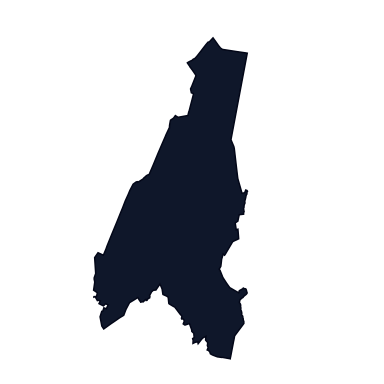 outline of Balvu pag., Balvu, Latvia, rotated 103°
{"feature_id": "27541924B22679886686853", "entity_name": "Balvu pag.", "entity_type": "district", "adm_level": 2, "iso_a3": "LVA", "parent_name": "Latvia", "parent_adm1": "Balvu", "projection": "robinson", "projection_center": [27.263, 57.093], "detail": "fine", "context": "isolated", "style": "filled", "palette": "ink", "viewbox_px": 384, "rotation_deg": 103, "n_neighbors": 0, "source": "geoboundaries", "source_scale": "gbopen_adm2", "svg_char_len": 5889}
<svg xmlns="http://www.w3.org/2000/svg" viewBox="0 0 384 384"><g transform="rotate(103 192 192)"><path d="M274.1,120.4L274.6,120.5L277.5,123.7L279.7,123.8L278.7,127.2L276.9,133.0L276.8,133.6L274.7,136.0L273.7,137.1L273.0,137.9L269.4,141.6L269.5,141.7L268.8,142.2L268.1,142.9L267.8,143.1L266.6,143.9L262.0,147.1L261.3,148.0L261.2,148.1L260.9,148.2L260.0,147.8L257.9,147.2L253.3,147.7L250.9,148.0L245.9,147.7L245.4,147.7L245.9,146.8L246.2,146.2L246.3,146.1L246.2,146.0L244.6,145.4L242.3,144.7L232.2,141.5L231.9,141.4L231.7,141.4L231.4,141.3L229.9,139.6L228.7,138.0L228.5,137.7L227.9,137.0L227.7,136.8L227.5,136.5L227.1,136.0L224.8,136.7L217.9,138.9L218.5,139.9L218.9,140.4L213.0,142.7L212.3,142.9L211.2,141.8L210.1,140.8L209.9,140.7L209.5,140.8L208.9,140.8L203.6,140.9L203.5,140.6L203.4,140.6L203.3,140.3L202.9,139.2L202.0,136.7L201.9,136.7L201.8,136.8L201.6,136.8L201.3,136.9L201.2,137.0L200.8,137.0L200.1,137.0L199.8,136.9L199.5,136.8L198.9,137.1L198.6,137.2L197.3,137.7L196.1,138.1L195.5,137.9L195.2,137.9L193.6,138.2L192.6,138.2L191.9,138.1L191.1,137.9L190.5,138.0L190.2,138.1L189.5,138.4L189.2,138.4L188.9,138.5L187.1,138.4L186.3,138.4L185.1,138.4L183.6,138.5L182.5,138.4L181.9,138.1L181.5,138.1L180.8,138.2L180.1,138.4L179.6,138.3L179.3,138.2L178.8,138.1L178.6,138.4L178.3,138.6L178.2,138.7L178.1,139.0L178.0,140.1L180.9,140.5L182.0,143.0L175.3,146.7L168.8,150.3L168.3,150.5L166.7,151.1L156.4,154.8L139.8,160.7L139.3,161.0L138.4,161.4L132.3,165.8L44.3,169.4L44.4,171.2L45.2,180.8L46.0,191.6L46.2,194.4L45.3,196.7L43.3,199.2L40.5,202.3L37.1,206.2L41.8,208.9L42.4,210.1L45.1,211.5L50.3,213.9L52.1,214.7L58.3,217.6L59.8,218.4L60.1,218.6L60.9,218.9L61.4,219.6L61.5,219.7L62.7,221.0L63.2,221.0L65.3,223.6L66.3,224.8L67.2,225.6L69.6,223.0L69.9,222.6L70.5,222.2L73.0,219.2L76.5,215.4L77.7,214.3L81.1,214.8L88.4,215.9L89.1,216.0L91.8,216.6L92.1,216.5L94.7,215.3L95.5,214.9L95.7,212.8L95.9,212.7L96.7,212.7L97.3,212.6L101.9,212.7L108.9,212.9L113.5,213.0L114.8,213.2L118.4,213.2L122.3,222.3L122.3,222.6L121.3,225.4L123.7,226.4L124.2,226.7L124.5,226.9L126.6,228.9L126.8,229.0L127.0,229.1L127.5,229.1L131.7,228.9L132.7,228.8L133.6,228.6L133.9,228.5L134.2,228.4L134.2,228.5L142.6,230.3L143.4,230.4L143.5,230.4L150.5,231.7L162.0,233.8L174.7,235.9L184.5,237.7L184.9,238.2L185.5,239.2L185.9,239.6L186.1,239.8L186.4,240.1L186.6,240.3L187.1,240.6L187.6,240.9L189.0,242.0L190.4,242.7L194.7,246.9L194.2,247.3L194.3,247.5L194.7,248.6L195.4,249.2L197.6,251.1L204.5,252.9L208.7,253.6L215.6,255.0L223.4,256.1L227.6,256.8L237.8,258.4L251.6,260.7L263.5,262.6L266.9,263.0L272.2,263.9L273.5,264.2L272.3,269.9L277.3,271.9L277.8,272.1L293.1,267.5L297.6,268.0L299.0,267.7L301.6,266.5L308.5,265.9L309.8,265.8L311.4,261.6L315.2,261.5L316.0,264.0L316.5,263.9L315.8,262.8L319.1,259.8L318.6,259.2L318.8,256.8L321.7,257.5L322.9,252.7L320.3,251.0L321.0,248.2L322.9,248.8L323.9,249.0L325.0,249.0L324.7,251.8L328.1,252.1L328.6,253.1L334.3,253.5L337.5,252.1L342.9,249.7L345.3,247.2L338.9,241.6L334.9,237.9L330.8,234.2L327.5,230.8L321.1,229.9L313.9,228.0L310.4,224.4L307.0,221.0L308.6,219.6L309.7,218.5L309.9,218.3L310.2,217.8L310.5,217.5L310.9,217.2L310.1,215.7L310.1,215.0L310.1,214.9L309.6,214.6L309.3,214.5L308.9,214.4L308.8,214.2L308.7,214.0L308.7,213.8L308.6,213.6L308.4,213.5L308.2,213.5L307.7,213.5L307.5,213.4L307.3,213.2L307.2,213.0L307.3,212.8L307.4,212.5L307.6,212.3L307.8,212.0L307.9,211.8L307.8,211.6L307.6,211.4L307.4,211.4L306.5,211.4L306.2,210.9L305.6,210.6L305.6,210.4L305.5,210.2L305.3,210.1L305.1,210.0L304.9,209.9L304.8,209.6L304.6,209.4L303.9,209.5L303.4,209.5L303.0,209.6L302.9,209.7L302.5,210.0L302.1,210.1L302.0,209.9L300.8,209.6L299.8,209.3L298.2,208.9L297.8,208.5L296.5,207.7L296.3,207.3L296.4,207.2L295.9,206.1L295.9,205.8L295.7,205.6L295.6,205.3L295.6,205.1L294.7,204.8L294.5,204.7L289.1,202.6L289.3,202.5L289.7,202.0L290.2,201.5L292.1,200.1L293.3,199.3L294.3,198.9L298.1,197.4L298.3,197.3L298.4,197.2L299.1,193.5L299.2,193.2L299.3,192.9L299.6,192.2L299.9,191.6L300.0,191.5L304.1,190.1L305.0,189.8L305.3,189.7L305.8,189.5L305.9,189.4L306.0,189.3L306.1,189.2L307.7,184.3L307.8,183.8L307.9,183.5L308.1,182.7L308.9,181.9L309.5,181.1L313.8,176.0L314.3,175.3L314.7,174.4L314.9,174.2L315.2,174.0L315.3,173.9L315.5,173.9L317.6,173.8L317.7,173.7L317.9,173.6L318.0,173.5L318.1,173.4L318.1,173.2L317.7,172.4L317.8,171.7L318.0,171.4L318.3,171.2L319.3,170.7L319.5,170.6L319.8,170.5L320.0,170.5L320.5,170.6L322.5,170.9L323.2,169.2L323.2,168.9L320.8,164.9L326.2,161.4L327.9,160.8L329.3,158.4L330.5,158.1L332.3,157.5L333.3,157.1L333.9,157.7L334.7,158.4L336.6,157.4L337.7,157.3L339.3,157.0L338.0,155.4L337.5,154.6L336.7,152.6L338.2,152.0L338.4,151.9L333.1,149.4L332.8,149.2L332.2,148.9L331.8,148.6L330.7,147.4L329.5,146.0L333.0,145.5L333.3,145.4L335.2,142.8L338.2,142.5L340.2,141.1L340.8,141.4L342.5,141.7L342.7,140.3L343.3,139.4L343.8,138.7L345.5,137.7L346.1,135.7L346.3,134.6L346.9,130.2L346.5,125.8L346.3,125.3L346.2,123.7L345.9,117.2L345.5,117.3L343.7,117.3L338.8,117.5L335.9,117.6L328.2,117.9L326.9,117.9L322.5,118.1L322.4,118.0L316.4,115.4L316.2,115.3L310.3,112.7L308.4,111.9L307.9,112.1L307.7,112.1L307.0,112.2L306.9,112.2L306.7,112.3L306.0,112.7L305.2,113.2L304.7,113.4L304.2,113.5L303.9,113.6L303.6,113.9L303.5,114.0L302.8,114.2L301.7,114.6L301.4,114.8L300.6,116.0L299.6,116.1L298.9,116.2L298.1,116.5L297.1,117.0L296.2,117.6L295.8,118.0L295.2,118.2L294.4,118.2L293.7,118.4L292.9,118.8L292.1,119.0L291.3,119.1L290.7,119.4L290.1,119.8L289.6,120.4L289.2,120.9L288.2,121.0L286.9,121.0L286.1,120.9L285.6,120.6L285.1,120.2L284.6,119.7L284.2,119.6L283.7,119.1L283.4,118.7L283.1,118.5L282.4,118.3L281.5,117.7L280.6,117.0L279.6,116.2L279.2,116.0L278.6,115.7L278.3,115.6L278.0,115.6L277.7,115.7L277.4,115.8L276.9,116.2L276.5,116.4L276.1,116.6L275.3,117.0L274.7,117.4L274.4,117.7L274.3,118.0L274.3,118.6L274.4,119.1L274.3,119.7L274.2,120.1L274.1,120.4Z" fill="#0f172a" stroke="#020617" stroke-width="1.5"/></g></svg>